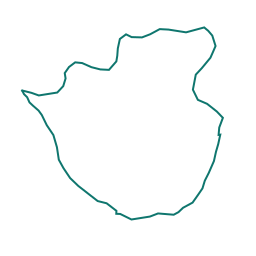 outline of Suan, Hwanghae-bukto, North Korea, rotated 351°
{"feature_id": "82179303B93868129225348", "entity_name": "Suan", "entity_type": "district", "adm_level": 2, "iso_a3": "PRK", "parent_name": "North Korea", "parent_adm1": "Hwanghae-bukto", "projection": "mercator", "projection_center": [126.384, 38.673], "detail": "fine", "context": "isolated", "style": "outline", "palette": "teal", "viewbox_px": 256, "rotation_deg": 351, "n_neighbors": 0, "source": "geoboundaries", "source_scale": "gbopen_adm2", "svg_char_len": 1055}
<svg xmlns="http://www.w3.org/2000/svg" viewBox="0 0 256 256"><g transform="rotate(351 128 128)"><path d="M220.7,42.6L219.0,40.6L200.3,42.6L183.3,37.1L174.8,35.3L164.5,38.9L156.0,40.7L145.8,38.8L140.7,35.2L133.9,38.8L130.4,47.8L128.7,55.0L126.9,60.4L118.3,67.6L109.8,65.8L101.4,62.2L92.9,56.7L86.1,54.9L79.3,58.5L74.1,63.9L74.1,69.3L70.6,76.5L63.7,81.9L55.2,81.9L45.0,81.9L38.2,78.2L29.8,74.6L28.7,73.9L29.6,75.3L30.6,78.3L33.2,81.8L34.7,87.3L37.8,91.3L42.4,96.8L44.9,101.7L48.2,112.5L53.2,123.3L54.8,135.9L54.7,148.5L58.0,157.6L63.0,168.4L69.8,177.4L78.2,186.4L86.6,195.4L95.1,199.0L103.6,208.0L103.0,210.9L106.9,211.7L112.0,215.3L117.1,218.9L123.9,218.9L135.8,218.9L144.3,217.1L159.6,220.8L164.7,219.0L169.9,215.4L180.1,211.8L187.0,204.7L192.1,199.3L195.6,192.1L200.8,184.9L207.7,174.1L211.2,165.2L214.6,158.0L218.1,149.0L216.4,149.0L218.2,141.8L223.3,132.8L218.3,125.6L209.9,116.5L201.4,111.1L198.1,100.3L203.3,85.9L210.2,80.5L220.4,71.5L223.9,66.1L227.3,60.7L225.7,49.9L222.4,44.5L220.7,42.6Z" fill="none" stroke="#0f766e" stroke-width="2"/></g></svg>